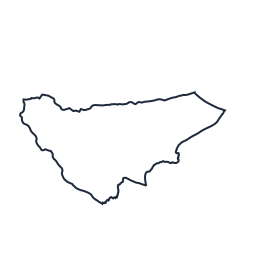 Paktha, Bokeo, Laos (Robinson projection), rotated 70°
{"feature_id": "54806243B15398508442736", "entity_name": "Paktha", "entity_type": "district", "adm_level": 2, "iso_a3": "LAO", "parent_name": "Laos", "parent_adm1": "Bokeo", "projection": "robinson", "projection_center": [100.681, 19.997], "detail": "fine", "context": "isolated", "style": "outline", "palette": "slate", "viewbox_px": 256, "rotation_deg": 70, "n_neighbors": 0, "source": "geoboundaries", "source_scale": "gbopen_adm2", "svg_char_len": 5588}
<svg xmlns="http://www.w3.org/2000/svg" viewBox="0 0 256 256"><g transform="rotate(70 128 128)"><path d="M117.3,53.4L117.1,60.1L116.7,62.6L115.7,65.0L115.9,66.3L115.3,68.7L115.4,72.7L115.0,74.0L114.7,76.6L114.6,79.9L114.6,84.3L114.3,84.7L113.3,85.9L112.4,87.3L111.6,88.9L111.3,90.2L111.2,93.0L110.8,96.0L109.9,100.3L109.1,103.0L108.9,105.5L108.7,106.6L107.9,107.9L107.6,108.2L107.4,108.7L107.3,109.5L107.5,110.8L108.0,112.0L108.0,112.4L108.0,113.2L107.0,114.1L105.6,115.1L104.7,116.3L104.3,117.3L104.2,118.1L104.8,120.6L104.8,121.0L104.2,124.2L103.8,125.4L103.1,126.6L102.4,128.4L102.4,129.9L101.3,131.5L100.0,135.5L100.0,137.3L99.1,139.8L98.8,141.0L98.2,143.7L97.8,144.9L95.4,150.5L94.9,151.9L94.8,153.2L95.0,154.2L96.7,157.0L96.6,160.1L96.4,162.3L95.9,163.4L94.1,165.8L96.1,168.1L93.8,171.1L93.4,173.6L89.3,176.3L89.3,176.7L89.2,181.1L88.9,182.6L87.7,184.0L86.5,184.2L85.4,184.2L84.3,184.6L83.2,185.4L81.4,187.0L79.3,188.2L78.1,188.2L75.9,187.5L74.8,187.9L70.4,191.8L69.7,192.9L67.3,197.0L67.9,198.1L68.5,199.0L69.3,200.1L70.0,201.1L68.3,202.6L68.1,205.0L67.9,206.3L67.4,207.4L66.8,208.5L67.4,209.4L66.8,212.7L66.1,215.2L65.4,216.3L66.7,217.0L67.7,217.2L69.2,217.0L70.1,217.1L71.5,217.6L73.0,218.5L74.9,219.3L76.2,220.3L77.0,221.5L77.3,223.2L77.6,224.1L78.2,224.6L79.3,225.1L80.1,224.9L81.1,224.2L82.1,224.2L83.5,224.7L85.0,225.1L86.2,224.9L87.7,224.7L89.7,222.9L90.6,221.8L92.0,220.9L93.3,220.5L95.6,220.2L96.9,220.3L97.6,220.2L99.2,219.7L100.5,219.1L102.4,218.1L103.6,217.6L104.8,217.4L106.1,217.4L107.3,217.7L108.6,218.6L109.2,218.9L110.4,219.0L111.5,218.9L113.6,218.5L115.8,217.5L117.0,217.2L118.8,216.9L119.3,216.6L119.8,215.8L119.9,214.5L119.7,213.0L122.3,210.0L123.2,208.4L126.6,207.6L127.0,207.7L127.6,208.0L129.0,208.5L129.5,208.6L130.4,208.5L130.8,208.4L131.5,208.3L132.0,208.1L132.9,207.5L134.6,206.8L136.0,206.5L136.5,206.4L137.6,206.2L139.2,205.7L140.4,205.2L141.1,204.9L142.8,204.1L143.4,204.0L143.9,203.9L144.2,203.9L145.4,204.1L145.8,204.2L146.4,204.6L146.6,204.8L147.4,205.3L148.1,205.7L149.1,205.9L150.9,205.8L152.3,205.7L153.3,205.6L154.7,205.2L155.6,204.7L157.4,203.7L158.3,202.9L159.7,201.6L160.2,201.1L160.8,200.3L161.6,199.5L162.0,199.4L162.4,199.2L163.0,199.2L165.4,197.9L165.9,197.7L167.5,196.6L167.7,196.3L168.7,195.4L170.4,193.5L172.3,190.6L173.3,189.7L174.1,188.7L175.2,187.5L177.3,185.8L177.6,185.6L178.2,185.4L178.9,185.1L179.8,185.1L181.7,184.4L182.6,184.0L183.3,183.4L183.9,183.2L184.6,182.6L185.0,182.1L185.7,181.7L186.9,180.9L189.0,179.2L189.7,178.6L190.5,178.1L190.3,177.9L189.9,177.6L189.6,177.2L189.9,177.1L190.0,177.1L190.1,176.7L190.4,176.4L190.5,176.2L190.5,175.8L190.2,175.4L190.4,175.0L190.5,174.9L190.6,174.7L190.6,174.4L190.4,174.3L189.7,174.3L189.5,174.2L189.4,173.5L189.2,173.1L189.1,172.9L188.9,172.7L188.7,172.4L188.5,171.9L188.6,171.7L189.2,171.6L189.3,171.5L189.4,171.4L189.5,171.3L189.5,171.1L189.4,170.9L189.2,170.9L188.6,170.8L188.5,170.6L188.6,170.4L188.5,170.2L187.7,169.3L187.5,169.0L187.4,168.3L187.1,167.9L187.1,167.5L187.4,167.2L187.8,167.0L188.2,166.8L188.3,166.7L188.5,166.3L188.9,166.3L189.0,166.2L189.1,165.9L189.0,165.7L188.6,165.3L188.5,165.0L188.6,164.9L189.0,164.6L189.0,164.4L188.9,164.3L188.8,164.0L188.8,163.9L189.0,163.7L189.3,163.6L189.0,163.3L188.9,163.2L189.5,162.3L189.4,162.2L189.0,161.9L188.9,161.8L188.7,161.8L188.6,162.0L188.4,161.9L188.1,161.6L188.2,161.3L188.1,161.1L187.3,160.7L187.1,160.5L186.7,160.3L186.3,159.9L185.5,159.6L185.3,159.4L185.2,159.2L184.9,158.9L184.3,158.7L183.7,158.7L183.1,158.3L183.0,158.2L182.1,158.2L181.6,158.0L180.8,158.0L179.5,157.5L178.8,156.7L178.4,156.7L178.2,156.8L178.1,156.7L178.0,155.9L178.0,155.6L178.1,155.1L178.1,154.9L178.0,154.6L177.7,154.3L177.5,154.0L177.3,153.5L177.1,152.9L176.9,152.3L176.9,151.5L176.8,151.3L176.5,151.1L175.9,150.9L175.6,150.6L173.7,149.8L173.5,149.0L173.7,147.8L174.2,147.0L175.8,145.3L177.5,143.9L178.8,142.6L182.3,138.8L183.1,137.2L184.3,135.6L186.4,133.1L187.5,131.5L188.0,131.1L188.3,130.7L188.6,130.6L185.8,130.3L183.1,129.7L180.1,128.9L178.3,128.0L176.8,127.0L175.9,125.9L175.8,125.6L175.8,125.3L175.9,123.8L175.9,123.5L176.1,123.1L176.1,122.8L176.2,122.4L176.1,122.1L175.7,121.6L175.3,121.2L174.4,119.4L173.8,118.8L173.1,118.2L172.8,117.7L172.3,116.7L171.9,116.6L171.7,116.4L171.8,115.9L171.5,115.0L171.4,114.8L171.3,114.2L171.1,112.9L171.3,112.0L171.5,111.4L171.3,110.8L171.3,110.1L171.1,109.8L171.0,109.5L171.2,108.8L171.4,108.5L171.3,108.0L171.3,107.5L171.1,106.8L171.3,106.1L171.9,105.8L172.6,104.4L172.8,103.6L173.1,102.9L173.5,102.2L173.9,101.7L174.1,101.3L174.3,101.2L175.4,100.3L175.6,100.0L175.5,99.5L175.7,98.7L175.5,98.4L175.4,98.2L175.4,97.9L175.5,97.7L176.4,96.8L176.6,96.6L176.9,96.0L177.2,95.2L177.2,94.8L177.3,94.4L177.3,93.6L177.0,92.8L176.9,92.5L176.7,92.2L176.1,91.6L175.5,91.4L175.3,91.3L175.0,91.3L174.6,91.7L174.0,91.5L173.3,91.5L173.1,91.4L172.9,90.9L172.6,90.5L172.3,90.4L172.1,90.5L171.9,90.5L171.7,90.4L171.4,89.9L171.2,89.6L170.4,89.5L170.1,89.2L169.0,89.0L168.8,89.3L168.6,89.8L168.5,90.5L168.4,90.8L168.3,91.0L168.1,91.1L167.4,91.3L166.8,91.3L166.6,91.1L165.7,90.4L165.4,90.0L165.1,89.7L164.7,89.6L164.4,89.6L161.6,86.4L160.0,82.9L159.6,80.5L159.4,78.2L159.1,76.2L158.2,72.6L157.7,69.8L157.4,67.4L156.9,63.9L156.2,61.2L155.6,58.3L155.3,56.1L154.9,51.7L154.7,49.3L154.0,45.6L153.2,43.2L152.7,42.2L151.7,40.8L150.7,39.6L149.5,37.9L147.6,35.1L146.7,33.5L145.5,32.4L144.8,31.3L144.6,30.9L143.6,32.2L142.9,32.9L142.1,33.9L140.8,35.7L138.8,37.9L134.6,41.9L130.6,45.5L127.9,47.6L125.5,49.1L124.2,50.0L121.5,51.5L119.7,52.5L118.7,52.9L117.6,53.6L117.3,53.4Z" fill="none" stroke="#1e293b" stroke-width="2"/></g></svg>